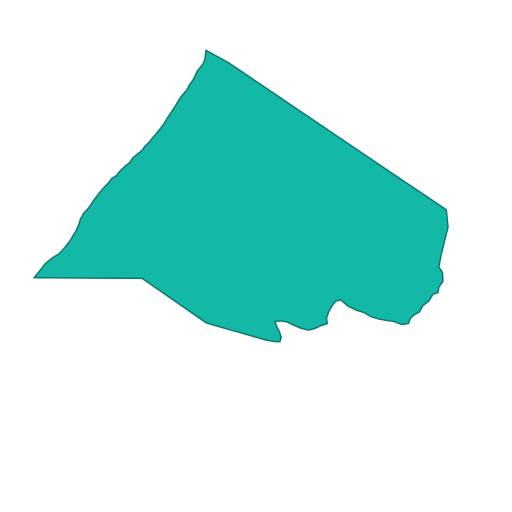 Emas, Paraíba, Brazil, rotated 308°
{"feature_id": "56859067B29594982157265", "entity_name": "Emas", "entity_type": "district", "adm_level": 2, "iso_a3": "BRA", "parent_name": "Brazil", "parent_adm1": "Paraíba", "projection": "equal_earth", "projection_center": [-37.76, -7.097], "detail": "fine", "context": "isolated", "style": "filled", "palette": "teal", "viewbox_px": 512, "rotation_deg": 308, "n_neighbors": 0, "source": "geoboundaries", "source_scale": "gbopen_adm2", "svg_char_len": 1255}
<svg xmlns="http://www.w3.org/2000/svg" viewBox="0 0 512 512"><g transform="rotate(308 256 256)"><path d="M102.4,94.6L168.3,180.1L172.7,258.2L195.7,315.1L199.8,323.0L203.2,327.6L207.5,325.9L210.9,320.7L213.2,315.8L216.0,311.2L219.9,315.2L223.1,320.7L224.5,327.6L226.8,336.1L230.1,343.2L235.0,346.9L241.2,350.1L246.6,353.8L250.4,349.8L257.4,347.5L264.0,346.5L269.5,346.5L273.5,349.7L273.2,359.6L275.1,368.4L278.0,375.9L279.0,383.8L281.5,390.5L285.4,398.1L289.2,404.5L291.8,413.0L296.7,417.7L302.4,416.0L307.2,416.9L312.6,419.2L319.4,418.0L327.0,419.9L334.7,419.0L339.1,421.9L344.2,419.2L351.0,419.0L357.8,413.1L359.9,406.9L369.8,401.7L397.0,389.5L409.6,377.5L403.7,294.7L398.2,214.7L391.4,115.8L387.3,90.1L379.6,94.6L375.2,96.0L370.1,96.0L365.0,96.0L357.2,97.9L350.2,98.2L344.7,99.3L336.6,98.9L330.6,99.3L325.0,100.1L319.2,100.5L310.3,101.2L303.2,102.1L296.0,102.2L290.9,102.1L286.0,101.8L279.7,101.8L273.9,100.9L268.8,101.2L264.5,100.1L258.0,98.6L251.7,98.9L245.6,97.5L239.6,96.6L233.7,96.6L227.9,94.6L222.5,94.7L215.8,94.0L209.2,93.7L199.4,93.9L190.3,94.6L183.8,93.9L177.0,94.9L172.4,96.8L166.0,98.6L161.0,99.1L154.0,100.1L144.1,100.1L136.6,99.5L129.5,96.8L120.3,94.7L111.9,94.7L102.4,94.6Z" fill="#14b8a6" stroke="#0f766e" stroke-width="1.5"/></g></svg>